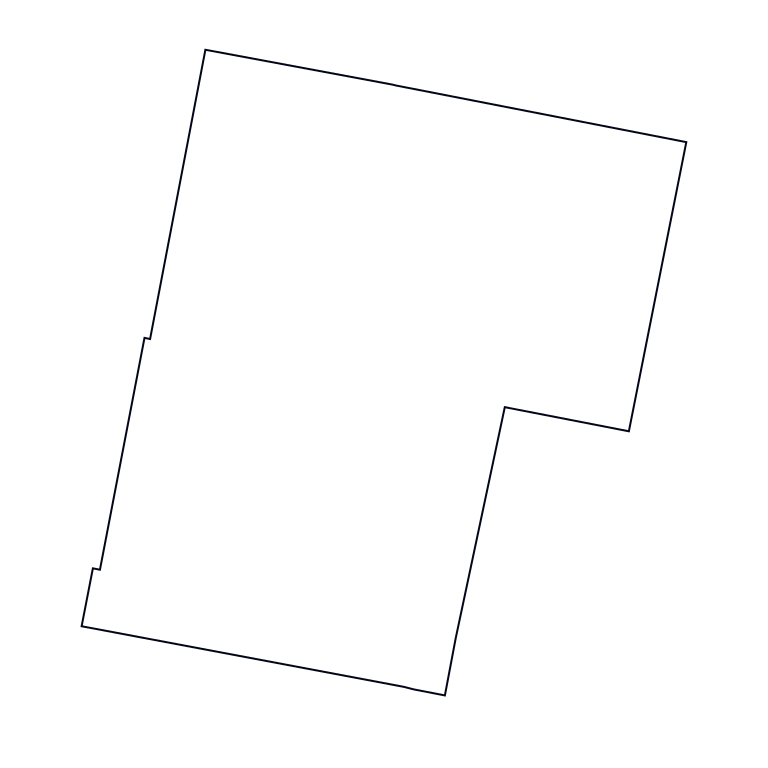 the district of Washington, Colorado, United States of America, rotated 191°
{"feature_id": "52423323B54769697673955", "entity_name": "Washington", "entity_type": "district", "adm_level": 2, "iso_a3": "USA", "parent_name": "United States of America", "parent_adm1": "Colorado", "projection": "natural_earth1", "projection_center": [-103.241, 40.002], "detail": "fine", "context": "isolated", "style": "outline", "palette": "ink", "viewbox_px": 768, "rotation_deg": 191, "n_neighbors": 0, "source": "geoboundaries", "source_scale": "gbopen_adm2", "svg_char_len": 366}
<svg xmlns="http://www.w3.org/2000/svg" viewBox="0 0 768 768"><g transform="rotate(191 384 384)"><path d="M133.9,561.5L133.4,679.1L428.9,679.3L432.8,679.5L623.1,678.0L622.2,383.5L627.9,383.6L627.4,147.5L634.6,147.5L634.6,88.5L307.0,90.5L296.2,89.9L264.8,89.9L265.1,148.4L261.0,384.3L134.6,384.3L133.9,561.5Z" fill="none" stroke="#020617" stroke-width="2"/></g></svg>